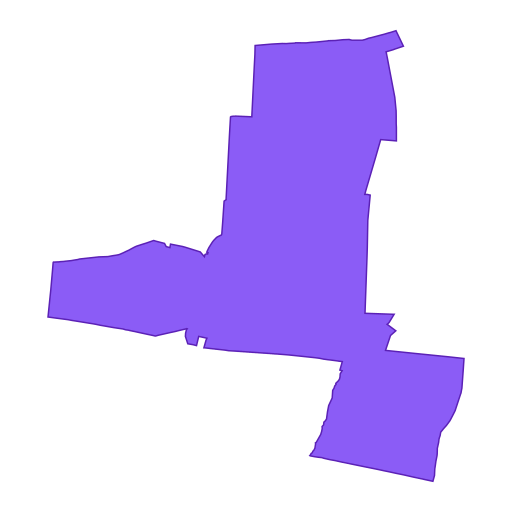 Rediu, Galati, Romania (Robinson projection)
{"feature_id": "2599482B99590991527572", "entity_name": "Rediu", "entity_type": "district", "adm_level": 2, "iso_a3": "ROU", "parent_name": "Romania", "parent_adm1": "Galati", "projection": "robinson", "projection_center": [27.841, 45.712], "detail": "fine", "context": "isolated", "style": "filled", "palette": "violet", "viewbox_px": 512, "rotation_deg": 0, "n_neighbors": 0, "source": "geoboundaries", "source_scale": "gbopen_adm2", "svg_char_len": 5488}
<svg xmlns="http://www.w3.org/2000/svg" viewBox="0 0 512 512"><path d="M378.7,469.6L384.2,470.8L389.1,471.8L396.4,473.4L400.9,474.3L403.8,474.9L413.0,477.0L432.9,481.3L434.5,475.5L434.8,468.8L435.3,465.7L435.9,461.3L437.0,455.8L437.2,453.9L437.3,450.2L437.3,448.4L437.8,446.2L438.6,442.6L439.0,439.2L439.4,437.7L440.1,435.7L440.7,432.2L443.6,428.6L446.4,425.5L449.8,420.9L450.7,419.3L453.4,414.1L455.2,410.5L455.4,409.8L460.6,394.0L461.0,393.0L461.5,390.1L461.9,388.2L463.3,369.0L464.0,358.5L447.4,356.7L414.6,353.4L385.5,350.4L390.5,335.5L395.8,330.8L387.1,324.3L388.0,323.6L389.1,322.5L394.1,314.3L393.9,314.3L365.0,313.3L367.0,257.3L367.3,247.5L367.8,220.5L370.2,195.1L367.2,194.4L364.8,194.4L365.9,190.3L375.6,157.3L380.7,139.6L396.4,140.9L396.4,127.3L396.2,123.8L396.2,116.2L396.1,110.7L395.3,102.5L394.8,97.3L387.3,57.8L386.1,51.8L392.9,49.8L395.3,48.9L403.4,46.2L396.3,31.4L396.0,30.7L389.6,32.7L389.3,32.7L383.9,34.3L380.8,35.1L379.3,35.5L371.4,37.6L368.6,38.2L365.1,39.5L362.3,40.2L358.8,40.2L352.3,40.2L352.0,40.2L349.8,39.7L349.7,39.6L349.4,39.5L348.3,39.5L346.0,39.6L343.2,39.7L335.3,40.5L328.3,40.7L327.7,40.9L315.9,42.1L310.7,42.4L306.1,42.9L295.3,42.8L295.0,43.1L288.8,43.4L286.2,43.6L282.2,43.5L271.3,44.1L255.1,45.5L254.9,54.5L254.3,65.9L251.8,116.8L235.3,116.1L235.1,116.2L233.2,116.2L231.3,116.5L230.9,116.6L230.5,117.0L229.5,134.2L226.1,198.8L226.2,199.6L224.1,201.1L222.7,221.9L222.3,227.2L221.8,233.9L221.4,235.0L219.6,235.8L217.4,236.9L216.5,237.5L213.8,240.3L212.6,241.8L211.8,243.0L208.9,247.6L207.2,251.1L206.8,252.2L208.0,252.6L207.6,254.0L206.8,253.8L205.6,254.2L205.0,254.5L204.8,255.1L204.4,256.7L200.2,251.9L185.1,247.2L182.6,246.5L170.5,244.1L169.9,247.6L166.2,246.6L164.5,243.4L155.6,241.1L153.7,240.5L145.9,243.2L142.6,244.2L137.4,245.9L136.7,246.1L134.7,247.0L132.8,248.0L130.4,249.3L129.2,250.0L125.7,251.6L123.7,252.6L121.2,253.7L120.1,254.2L119.0,254.6L118.2,254.8L116.1,255.2L113.3,255.6L108.4,256.5L107.7,256.6L98.9,256.9L79.6,259.0L77.9,259.5L73.6,260.2L71.3,260.6L64.7,261.3L64.2,261.4L63.0,261.5L61.2,261.6L60.8,261.6L58.8,261.9L57.9,261.9L54.0,262.1L53.4,262.1L53.2,262.4L53.1,263.1L52.8,266.8L52.5,270.5L50.8,289.7L48.0,317.0L56.0,318.1L68.2,319.7L72.3,320.5L74.4,320.8L88.0,323.0L93.0,323.8L95.8,324.3L100.5,325.3L105.7,326.2L108.5,326.7L113.7,327.6L123.1,329.0L125.3,329.7L127.0,330.0L128.0,330.1L128.5,330.2L129.0,330.3L129.6,330.5L129.9,330.5L130.0,330.6L130.3,330.6L130.6,330.7L130.9,330.8L131.1,330.8L131.8,330.9L131.9,331.0L132.1,331.0L132.3,331.0L132.5,331.1L132.8,331.2L133.1,331.2L133.5,331.3L133.9,331.4L134.1,331.4L139.5,332.6L147.8,334.4L152.6,335.4L155.1,336.0L155.7,336.0L156.4,335.8L158.1,335.3L170.0,332.6L175.2,331.5L178.7,330.6L185.5,329.0L186.7,328.6L187.2,328.8L186.7,329.4L186.4,329.9L185.6,333.1L185.4,336.4L187.8,343.8L193.1,344.7L196.5,345.6L198.7,336.4L206.9,338.2L206.0,340.3L203.9,347.8L204.1,347.8L204.4,347.8L204.8,347.9L205.1,347.9L206.3,348.0L206.9,348.1L208.0,348.2L208.8,348.3L209.6,348.4L211.0,348.6L211.3,348.6L212.9,348.8L213.2,348.8L213.5,348.8L213.9,348.9L214.5,348.9L215.4,349.1L215.7,349.1L215.9,349.1L216.6,349.2L222.2,349.8L224.0,350.0L225.6,350.2L226.7,350.4L228.6,350.7L235.4,351.1L236.0,351.1L236.4,351.2L236.5,351.2L236.8,351.2L237.0,351.2L237.3,351.2L237.5,351.2L237.7,351.3L237.8,351.3L238.0,351.3L238.3,351.3L238.5,351.3L238.8,351.3L239.0,351.3L239.5,351.4L239.9,351.4L240.1,351.4L240.6,351.5L240.9,351.5L241.0,351.5L241.8,351.5L242.1,351.6L242.3,351.6L242.6,351.6L242.9,351.6L243.1,351.6L243.3,351.6L243.5,351.7L243.8,351.7L244.1,351.7L244.4,351.7L244.7,351.7L245.5,351.8L245.9,351.8L246.1,351.8L246.3,351.8L246.5,351.9L246.9,351.9L247.1,351.9L247.3,351.9L247.5,351.9L247.8,352.0L248.3,352.0L248.9,352.0L249.2,352.1L249.4,352.1L249.7,352.1L249.9,352.1L250.5,352.1L251.0,352.2L251.3,352.2L251.8,352.2L252.1,352.3L252.4,352.3L253.2,352.3L253.7,352.4L253.8,352.4L254.0,352.4L254.3,352.4L254.5,352.4L254.8,352.4L255.1,352.5L255.8,352.5L256.1,352.5L256.3,352.5L256.7,352.6L256.9,352.6L257.1,352.6L257.6,352.6L258.2,352.7L258.6,352.7L258.8,352.7L259.4,352.8L259.7,352.8L260.0,352.8L260.3,352.8L260.6,352.8L260.8,352.9L261.0,352.9L261.3,352.9L261.8,352.9L262.0,352.9L262.3,353.0L262.5,353.0L262.8,353.0L263.0,353.0L263.3,353.0L263.6,353.1L264.5,353.1L265.8,353.2L266.0,353.2L266.3,353.2L266.9,353.3L267.1,353.3L267.3,353.3L267.7,353.3L268.0,353.4L268.4,353.4L269.3,353.4L270.0,353.5L270.3,353.5L270.8,353.6L271.5,353.6L271.9,353.6L272.0,353.6L272.4,353.7L273.1,353.7L273.5,353.7L273.8,353.8L275.1,353.9L276.1,353.9L276.4,353.9L276.5,353.9L276.6,354.0L276.8,354.0L277.0,354.0L277.5,354.0L278.1,354.1L278.3,354.1L278.5,354.1L278.9,354.1L279.0,354.1L279.3,354.2L279.5,354.2L288.3,354.9L289.3,355.0L307.5,356.9L308.2,357.0L308.5,357.0L315.1,357.7L319.1,358.2L324.0,359.2L324.3,359.2L327.8,359.7L329.7,359.9L331.3,360.1L331.9,360.2L333.5,360.4L335.8,360.7L336.2,360.8L336.7,360.8L339.1,361.2L341.4,361.5L342.3,361.6L339.9,370.1L342.1,370.7L340.2,373.8L340.0,377.0L339.4,379.3L338.0,381.2L335.8,383.3L336.0,384.4L334.7,386.0L334.0,388.3L332.7,390.3L332.2,398.0L328.7,405.5L327.5,411.7L326.5,419.1L324.8,421.4L323.9,422.1L323.6,424.9L322.1,426.5L322.2,428.6L321.6,431.6L320.7,434.5L316.3,442.3L315.4,442.9L315.6,443.7L315.5,444.4L314.9,448.2L313.8,450.3L312.9,451.2L312.2,452.8L311.1,453.5L310.7,454.5L309.8,455.6L310.4,455.9L314.6,456.7L318.7,457.3L321.8,457.6L323.9,458.3L330.1,459.7L335.2,460.6L342.3,462.2L366.8,467.2L367.4,467.3L378.7,469.6Z" fill="#8b5cf6" stroke="#5b21b6" stroke-width="1.5"/></svg>